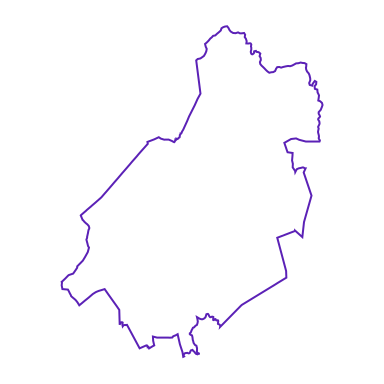 Heroica Villa Tezoatlán de Segura y Luna, Cuna de la Independencia de Oaxaca, Oaxaca, Mexico, rotated 178°
{"feature_id": "50627088B73617398914248", "entity_name": "Heroica Villa Tezoatlán de Segura y Luna, Cuna de la Independencia de Oaxaca", "entity_type": "district", "adm_level": 2, "iso_a3": "MEX", "parent_name": "Mexico", "parent_adm1": "Oaxaca", "projection": "albers", "projection_center": [-97.858, 17.573], "detail": "fine", "context": "isolated", "style": "outline", "palette": "violet", "viewbox_px": 384, "rotation_deg": 178, "n_neighbors": 0, "source": "geoboundaries", "source_scale": "gbopen_adm2", "svg_char_len": 5794}
<svg xmlns="http://www.w3.org/2000/svg" viewBox="0 0 384 384"><g transform="rotate(178 192 192)"><path d="M234.8,243.6L234.5,241.7L239.0,237.0L241.4,234.5L244.3,231.4L245.8,229.7L250.9,224.3L251.8,223.3L251.9,223.2L253.5,221.4L254.1,220.8L256.1,218.6L260.4,214.0L260.8,213.6L263.7,210.4L266.9,206.9L267.3,206.5L270.0,203.6L271.9,201.5L272.2,201.2L278.4,194.5L278.9,194.0L282.5,190.1L282.8,189.8L282.9,189.7L287.4,186.0L288.6,185.0L292.5,181.9L293.2,181.3L298.0,177.5L298.6,176.9L301.0,175.0L303.7,172.8L304.0,172.5L302.3,167.9L301.9,167.7L300.5,165.9L298.8,164.2L297.8,163.4L296.4,161.7L295.9,159.9L296.0,158.9L296.6,158.0L297.0,156.6L297.4,154.6L298.4,150.8L298.4,150.0L298.6,149.5L299.2,148.1L298.5,145.0L298.4,144.7L297.8,141.7L296.9,140.0L298.3,135.5L301.2,130.7L303.5,127.2L309.3,121.7L309.4,120.3L311.2,117.8L313.6,114.6L318.0,113.3L318.6,112.9L321.6,110.0L324.2,107.7L325.4,106.7L325.1,106.0L325.5,103.3L324.9,99.5L319.4,98.8L318.4,96.8L317.5,94.7L316.7,93.2L316.4,92.1L314.8,90.6L312.9,88.9L311.9,87.9L310.3,85.7L308.6,82.7L306.5,84.3L302.8,87.2L300.9,88.6L298.8,90.2L294.7,93.5L291.8,95.2L290.9,95.6L288.7,96.4L286.8,96.9L286.0,97.1L282.7,98.0L279.0,92.3L271.2,80.5L269.3,77.5L269.2,77.4L268.8,76.7L268.9,61.8L268.4,63.1L268.5,63.9L268.2,64.0L267.1,64.3L266.4,63.9L266.0,64.1L265.9,64.0L266.0,63.7L265.9,63.4L266.1,63.1L266.2,62.8L266.2,62.4L266.2,61.9L266.2,61.5L266.1,61.1L266.0,60.8L265.9,60.2L265.1,61.2L264.7,61.3L263.9,61.4L263.6,61.4L263.2,61.4L262.9,61.3L261.6,61.5L249.8,37.6L243.0,40.3L242.6,40.3L242.3,39.7L242.1,39.9L241.8,39.6L241.6,39.2L241.6,38.8L241.3,39.0L240.8,38.6L240.6,38.2L240.6,37.6L240.4,37.5L240.3,37.2L236.6,39.3L235.1,40.0L236.0,44.6L236.1,48.9L232.0,47.7L226.7,47.5L220.7,47.3L219.6,47.2L218.3,47.2L218.1,47.2L216.7,47.3L215.9,48.4L214.7,48.9L213.1,49.4L212.7,49.7L211.3,50.4L211.1,49.2L209.4,40.2L207.1,32.3L206.5,27.6L205.6,28.0L206.0,28.6L206.2,29.2L205.6,30.2L204.9,31.0L203.8,31.3L202.2,31.4L201.5,31.0L200.8,30.8L200.0,31.1L199.3,32.5L198.7,33.7L197.0,34.2L196.3,33.1L195.6,32.6L195.2,32.2L194.9,31.6L194.4,31.0L193.9,30.4L193.3,29.9L192.7,29.9L192.1,29.6L191.5,30.1L191.2,30.0L190.8,30.0L190.7,30.3L190.9,30.6L191.1,30.7L191.6,30.7L192.0,30.9L192.5,31.9L192.7,32.6L192.5,33.8L192.5,34.9L192.4,35.9L192.7,36.7L192.8,37.6L193.0,38.3L193.7,38.6L194.5,39.2L194.9,39.9L195.7,41.2L196.0,42.9L196.4,44.2L196.5,45.6L196.6,46.8L197.0,48.7L197.9,49.1L198.8,49.6L199.2,50.1L199.1,50.9L198.4,51.3L198.0,51.9L197.7,52.6L197.3,53.7L196.5,55.0L195.8,56.3L194.6,56.7L193.3,58.1L192.5,58.6L191.7,59.0L191.0,61.0L190.7,62.6L190.9,63.6L191.0,64.8L191.4,66.8L188.9,65.2L187.7,64.7L186.4,64.4L185.5,64.6L184.6,65.0L183.9,65.4L182.9,66.4L182.3,68.0L181.9,69.3L181.0,69.6L180.3,69.6L179.8,69.0L179.1,67.3L178.3,66.3L177.6,66.2L176.8,66.6L175.9,66.7L175.1,66.4L175.1,65.6L175.2,64.9L175.3,63.8L175.3,63.4L174.9,63.2L174.6,63.2L174.0,63.8L173.7,64.1L173.1,64.2L172.8,64.0L172.6,63.3L172.1,62.8L171.4,62.9L170.9,62.9L170.4,62.7L170.3,61.9L170.5,60.7L170.7,59.9L170.5,59.1L169.8,58.9L169.1,58.5L168.6,57.9L168.4,57.2L168.6,56.2L146.8,76.9L146.6,77.0L146.2,77.4L111.8,96.8L109.6,98.1L100.7,103.1L100.7,109.8L108.4,143.3L90.3,149.5L90.3,149.8L83.3,143.1L81.1,158.1L72.7,184.2L79.7,207.6L77.7,211.6L77.8,211.6L79.0,212.1L79.8,212.6L80.4,212.7L81.0,212.6L82.3,212.3L83.5,212.1L84.6,211.9L85.3,211.6L86.5,211.1L87.6,209.2L88.1,208.3L88.2,209.4L90.5,213.1L90.3,215.8L90.2,216.6L90.4,217.5L90.6,218.6L90.9,219.9L90.3,224.9L90.1,227.5L95.1,228.4L95.5,229.6L98.0,237.9L91.1,241.5L86.1,241.9L83.0,240.4L76.6,238.5L62.8,238.0L62.6,238.4L62.4,239.1L62.7,239.7L63.4,240.8L63.5,241.6L63.2,242.4L63.2,243.7L63.4,244.8L63.6,245.7L63.9,247.0L63.9,248.1L63.7,249.0L63.4,250.2L63.2,250.8L63.4,251.6L63.7,252.6L63.1,253.8L62.6,254.7L62.2,255.6L62.1,256.6L62.3,257.3L62.3,258.2L63.0,259.2L63.4,260.3L63.1,261.1L62.1,262.0L61.4,262.9L61.5,263.3L61.7,263.9L62.0,264.6L62.5,265.4L62.7,266.2L62.6,267.4L62.0,268.0L61.4,268.7L60.5,269.6L59.2,272.5L58.5,274.4L59.0,276.5L60.7,278.2L62.6,279.0L62.1,281.6L61.7,284.1L62.6,286.3L63.0,287.0L63.2,290.0L65.6,290.8L65.8,293.4L64.2,295.3L63.9,297.7L65.4,298.7L67.6,295.9L68.1,294.1L70.6,294.9L71.1,296.8L69.9,299.5L69.9,301.5L70.5,304.6L71.2,306.4L72.8,308.4L73.6,310.4L73.8,312.4L73.5,313.1L73.5,313.6L73.2,315.8L75.0,316.9L77.0,317.1L78.9,317.6L81.1,317.0L83.5,316.9L85.6,315.8L87.4,314.9L89.5,314.3L91.6,314.6L93.8,314.3L96.4,313.8L98.6,313.2L100.4,313.9L102.5,313.8L103.7,312.2L104.7,310.0L106.6,309.0L108.5,308.9L110.6,308.5L112.3,309.8L113.8,311.3L115.1,312.8L116.4,314.2L118.1,315.9L119.3,317.5L119.6,319.5L118.6,321.5L118.7,323.6L119.7,325.4L118.9,328.0L120.5,329.4L122.6,329.8L123.2,330.8L124.9,330.5L125.1,329.9L125.0,329.1L125.7,328.2L126.7,327.5L127.4,327.6L128.0,328.2L128.4,330.0L127.8,332.2L127.7,334.2L128.0,335.3L127.8,336.4L127.6,337.3L127.9,338.0L128.3,338.5L129.0,338.6L130.2,338.5L130.5,338.4L132.5,338.6L132.1,340.9L132.8,343.3L133.9,345.0L133.4,347.3L134.4,349.1L135.5,349.0L136.6,348.8L138.6,348.9L140.4,349.9L142.9,349.2L145.4,349.5L147.7,351.0L148.9,352.6L149.9,354.8L151.1,356.4L153.3,356.2L155.1,355.6L156.8,354.6L157.6,352.4L159.6,350.7L161.7,349.1L163.2,347.7L165.5,347.3L166.8,345.9L168.4,344.7L170.0,342.8L172.1,340.8L173.8,339.5L173.2,336.7L172.3,334.5L172.8,332.2L173.8,330.0L175.3,327.6L176.9,326.5L178.9,325.2L181.7,324.7L183.2,323.4L180.1,290.0L183.2,284.8L186.3,278.5L192.3,267.6L194.4,263.0L198.4,255.0L198.7,254.4L199.0,254.0L200.0,252.5L200.2,251.6L200.9,250.9L201.4,250.9L201.4,250.2L202.2,249.3L202.2,248.6L202.5,247.1L203.7,246.4L203.8,246.0L204.6,245.5L205.2,245.3L205.6,245.6L205.6,245.1L206.3,244.5L206.8,244.9L207.1,243.6L207.5,243.3L207.7,242.7L208.1,242.4L209.2,243.0L210.3,243.7L213.5,245.2L218.0,245.3L221.2,246.4L223.3,247.9L228.0,245.9L234.8,243.6Z" fill="none" stroke="#5b21b6" stroke-width="2"/></g></svg>